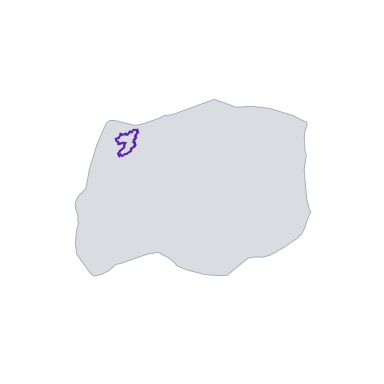 Mamants'o, Mafeteng, Lesotho shown in context, rotated 42°
{"feature_id": "5366337B49454872209470", "entity_name": "Mamants'o", "entity_type": "district", "adm_level": 2, "iso_a3": "LSO", "parent_name": "Lesotho", "parent_adm1": "Mafeteng", "projection": "equal_earth", "projection_center": [27.358, -29.661], "detail": "medium", "context": "in_parent", "style": "outline", "palette": "violet", "viewbox_px": 384, "rotation_deg": 42, "n_neighbors": 0, "source": "geoboundaries", "source_scale": "gbopen_adm2", "svg_char_len": 2895}
<svg xmlns="http://www.w3.org/2000/svg" viewBox="0 0 384 384"><g transform="rotate(42 192 192)"><path d="M239.8,253.5L231.4,256.5L230.2,256.8L224.9,256.1L217.7,256.8L212.0,258.5L207.6,259.1L200.4,268.0L187.4,291.8L183.9,296.8L182.9,306.1L179.9,313.5L176.2,319.3L172.6,320.7L161.7,318.4L147.9,315.4L139.8,308.2L132.6,298.8L128.9,291.9L124.9,288.2L123.5,286.1L117.9,282.9L115.8,281.3L113.9,280.1L111.6,275.5L110.3,271.6L110.8,260.5L106.8,253.9L100.0,242.7L95.7,233.4L89.8,220.8L86.1,210.0L82.4,198.9L82.9,194.1L86.4,190.8L96.9,185.1L105.1,180.8L110.9,172.8L117.3,160.9L120.4,153.7L123.5,150.4L126.9,145.4L132.8,134.2L139.4,121.7L146.5,108.3L155.4,104.4L167.6,99.9L179.3,88.2L193.2,78.3L215.8,67.6L226.3,64.9L230.3,63.3L232.8,65.4L235.4,71.5L239.2,76.6L248.1,85.6L251.8,87.7L260.9,100.9L270.6,110.0L281.9,120.4L289.5,125.6L293.4,127.1L296.6,136.3L299.8,143.2L301.6,149.6L301.2,155.8L297.5,171.1L292.3,186.7L288.1,193.2L283.0,197.3L278.0,203.5L276.0,216.0L273.7,230.7L267.2,236.7L262.2,240.7L255.2,245.6L239.8,253.5Z" fill="#d9dde1" stroke="#a8b0b8" stroke-width="1"/><path d="M119.2,202.3L118.4,202.0L118.4,201.3L117.8,201.1L117.8,200.5L117.7,200.2L117.8,199.6L118.3,199.4L118.3,198.2L118.7,197.5L118.6,197.3L119.0,196.8L118.9,196.4L118.5,196.6L118.2,196.4L118.6,194.9L117.9,194.6L117.6,194.8L117.4,194.8L117.1,194.0L116.8,193.6L115.8,194.3L115.3,194.2L115.2,193.8L114.9,193.9L115.0,193.2L114.7,192.1L114.2,192.4L113.9,192.3L113.6,191.9L113.8,191.6L114.3,191.4L114.1,190.6L114.3,189.8L113.7,189.6L113.8,188.7L113.3,188.6L113.5,188.8L113.2,189.4L112.2,188.6L112.5,187.7L112.5,187.2L111.7,185.8L111.9,185.4L111.6,184.7L112.1,184.3L111.9,183.8L111.4,184.0L111.2,183.1L110.6,182.7L110.2,182.8L110.0,183.1L109.7,182.7L109.6,183.0L109.2,183.1L109.1,183.5L108.6,183.5L106.9,184.9L106.8,185.3L107.2,187.6L106.9,187.5L106.7,188.2L105.3,188.5L105.7,191.1L105.9,191.4L105.6,192.2L105.7,192.7L105.0,193.4L104.4,192.9L103.6,192.8L102.9,195.0L101.9,195.6L101.7,196.4L100.8,196.2L99.8,196.6L100.0,197.0L101.0,198.1L101.0,198.8L101.1,199.2L101.0,199.8L101.3,200.4L101.4,200.9L101.0,201.0L99.9,203.4L100.2,203.4L100.2,203.6L100.7,203.9L101.0,204.5L102.0,204.6L103.1,204.2L103.3,204.5L103.9,204.4L104.4,204.9L104.6,204.8L104.6,205.1L105.1,205.1L105.3,205.7L105.5,205.6L105.9,205.0L105.8,204.4L106.8,203.8L106.6,203.3L107.3,202.5L107.7,201.4L109.8,200.2L109.7,201.7L110.2,201.9L110.3,202.2L110.1,202.6L110.4,202.9L111.0,202.9L111.4,203.3L111.6,204.1L111.5,204.4L111.8,204.9L111.5,205.6L111.6,206.6L111.5,207.0L111.3,207.0L111.2,208.1L111.3,208.3L111.0,208.8L111.2,209.7L110.9,209.9L111.3,210.9L111.3,212.8L111.5,213.2L112.3,213.1L113.6,214.1L114.0,214.1L113.9,213.4L114.1,212.8L113.9,212.0L114.6,212.3L116.0,212.0L116.1,211.8L116.4,209.4L116.7,208.8L117.1,208.6L117.2,208.0L117.9,207.5L118.2,206.9L118.2,205.3L118.9,204.0L119.0,203.0L119.3,202.6L119.2,202.3Z" fill="none" stroke="#5b21b6" stroke-width="2"/></g></svg>